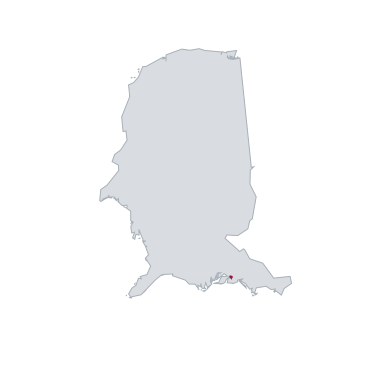 Delaware, Pennsylvania, United States of America (highlighted), rotated 61°
{"feature_id": "52423323B13183182177213", "entity_name": "Delaware", "entity_type": "district", "adm_level": 2, "iso_a3": "USA", "parent_name": "United States of America", "parent_adm1": "Pennsylvania", "projection": "orthographic", "projection_center": [-75.397, 39.934], "detail": "fine", "context": "in_parent", "style": "filled", "palette": "rose", "viewbox_px": 384, "rotation_deg": 61, "n_neighbors": 0, "source": "geoboundaries", "source_scale": "gbopen_adm2", "svg_char_len": 4117}
<svg xmlns="http://www.w3.org/2000/svg" viewBox="0 0 384 384"><g transform="rotate(61 192 192)"><path d="M288.6,164.6L306.9,162.3L313.4,147.1L320.2,149.2L321.1,158.2L325.5,163.9L318.7,166.7L318.5,168.4L317.2,166.4L315.7,170.1L310.4,172.9L307.0,182.2L310.4,185.9L312.5,185.3L311.8,183.6L312.5,184.4L312.8,186.3L306.7,187.9L305.5,185.9L304.9,188.7L297.9,189.6L292.5,193.3L293.1,191.3L292.5,189.9L291.1,194.8L292.6,195.7L292.1,199.8L288.5,205.2L284.6,201.9L287.0,198.6L284.3,200.9L285.3,204.6L286.9,206.7L287.2,209.1L282.4,217.7L283.9,212.3L280.3,207.2L282.8,201.8L279.1,203.4L280.3,211.4L276.8,208.9L275.5,209.1L276.7,206.7L276.7,205.9L275.4,207.8L275.3,209.5L280.7,212.7L279.4,214.1L277.1,211.3L276.2,210.8L279.1,214.2L280.4,214.9L279.6,216.9L278.0,215.3L280.5,218.4L279.9,218.8L278.6,217.2L275.3,216.4L279.4,219.4L282.0,219.3L284.5,226.7L282.3,221.1L283.0,224.8L278.0,223.9L281.5,227.6L283.3,226.6L281.0,229.9L276.2,228.6L279.1,230.4L276.5,232.0L279.5,233.3L274.1,234.0L271.1,239.2L265.9,240.5L255.7,249.7L254.4,248.5L250.2,257.1L249.8,259.3L251.0,266.1L257.2,286.3L254.2,296.5L250.3,296.8L246.9,291.1L246.5,286.4L241.5,280.6L243.4,278.4L240.8,278.3L242.4,271.5L236.8,264.1L227.2,264.7L225.9,260.5L216.8,259.0L218.1,257.6L216.3,259.0L212.1,259.1L212.4,256.0L211.5,258.1L198.9,256.7L204.0,259.1L201.9,261.6L205.6,265.0L203.3,266.2L199.3,261.8L198.6,264.6L192.6,262.3L189.7,258.0L187.4,259.5L179.0,254.9L173.2,257.7L174.7,256.9L172.1,255.2L169.9,259.7L164.0,261.6L165.4,260.9L162.0,259.6L162.9,261.5L158.5,262.5L156.0,267.4L154.3,266.1L155.6,267.9L155.0,272.8L156.2,276.2L154.8,276.9L145.6,270.6L144.8,262.9L137.7,245.7L132.8,243.3L126.7,247.2L121.7,241.5L120.7,234.1L115.2,223.7L106.6,220.2L105.7,223.0L92.2,217.1L78.4,200.2L67.6,195.6L68.0,190.1L65.6,183.2L58.5,174.4L59.9,171.1L60.0,152.1L60.9,150.7L61.4,153.5L62.1,149.8L65.1,151.4L59.5,148.2L62.1,131.6L67.0,125.2L70.1,116.3L74.4,112.2L84.0,98.1L86.1,100.2L83.9,97.6L87.2,94.2L86.2,93.6L89.9,84.4L94.8,89.9L90.9,93.4L94.7,91.7L92.3,95.1L90.3,95.0L91.3,95.9L93.3,95.2L96.0,91.8L98.0,85.1L199.2,128.2L199.9,125.8L201.1,130.4L213.3,137.5L227.3,138.2L244.7,152.3L245.1,155.4L251.3,161.0L252.3,173.1L246.5,182.3L248.5,185.6L267.2,179.1L266.7,174.6L268.4,173.9L278.3,173.9L288.6,164.6ZM300.0,191.5L303.1,190.9L292.3,194.1L301.2,190.4L300.0,191.5ZM96.2,88.8L95.5,91.6L95.2,92.0L95.2,89.5L96.2,88.8ZM156.1,275.3L155.6,270.7L156.1,268.3L155.8,270.9L156.1,275.3ZM319.5,167.0L319.5,168.4L319.0,168.1L319.5,167.0ZM189.7,259.3L189.8,260.4L188.9,259.4L189.7,259.3ZM60.1,180.2L61.3,180.3L61.4,180.5L60.1,180.2ZM59.3,179.2L58.6,179.6L58.5,178.8L59.3,179.2ZM309.5,187.9L308.7,188.9L308.5,188.7L309.5,187.9ZM157.3,266.3L156.2,268.0L158.6,264.7L157.3,266.3ZM255.4,279.6L256.6,283.6L255.2,279.3L255.4,279.6ZM64.0,186.3L64.0,187.6L63.9,186.4L64.0,186.3ZM254.8,297.1L253.5,298.2L255.6,295.8L254.8,297.1ZM284.9,229.2L283.7,230.8L284.7,227.1L284.9,229.2ZM96.6,86.4L96.1,87.1L96.0,86.5L96.6,86.4ZM162.8,262.3L160.8,262.7L162.9,262.0L162.8,262.3ZM312.4,188.2L312.4,189.2L311.5,189.0L312.4,188.2ZM62.8,189.0L62.7,190.4L62.6,189.1L62.8,189.0ZM160.2,263.3L159.3,263.6L160.1,263.0L160.2,263.3ZM286.7,210.8L285.4,212.9L286.9,210.0L286.7,210.8ZM172.5,258.4L171.1,258.9L173.1,257.9L172.5,258.4ZM250.4,258.2L250.0,259.8L250.0,258.6L250.4,258.2ZM279.9,233.6L279.5,233.9L280.8,232.7L279.9,233.6ZM230.6,264.7L229.0,265.4L228.4,265.2L230.6,264.7ZM211.6,258.7L211.2,259.0L210.4,258.8L211.6,258.7ZM244.7,286.4L244.9,287.6L244.4,286.2L244.7,286.4ZM207.3,260.4L206.9,261.4L207.1,259.5L207.3,260.4ZM251.0,299.6L250.0,299.6L251.3,299.4L251.0,299.6ZM291.9,200.6L291.3,201.6L292.0,200.1L291.9,200.6ZM282.7,231.1L282.1,231.5L282.0,231.4L282.7,231.1Z" fill="#d9dde1" stroke="#a8b0b8" stroke-width="1"/><path d="M285.9,198.6L285.7,198.3L285.5,198.1L285.4,198.1L285.2,198.2L285.2,198.3L285.0,198.5L284.7,198.8L284.6,199.0L284.4,199.1L284.2,199.3L284.3,199.4L284.3,199.6L284.5,199.6L284.8,199.6L285.0,199.7L285.1,199.8L285.3,199.7L285.5,199.5L285.8,199.5L286.1,199.4L286.3,199.4L286.2,199.3L286.0,199.2L286.1,198.9L286.1,198.7L285.9,198.7L285.9,198.6Z" fill="#f43f5e" stroke="#9f1239" stroke-width="1.5"/></g></svg>